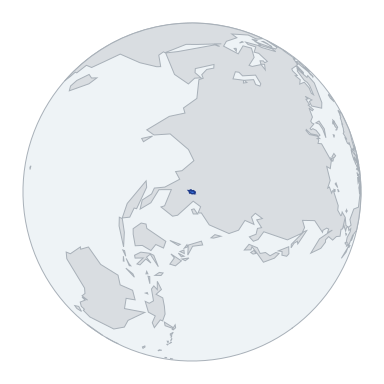 Louangphrabang highlighted on a globe, orthographic projection, rotated 77°
{"feature_id": "LAO-3289", "entity_name": "Louangphrabang", "entity_type": "Province", "adm_level": 1, "iso_a3": "LAO", "parent_name": "Laos", "parent_adm1": "", "projection": "orthographic", "projection_center": [102.548, 20.095], "detail": "fine", "context": "on_globe", "style": "filled", "palette": "blue", "viewbox_px": 384, "rotation_deg": 77, "n_neighbors": 0, "source": "natural_earth", "source_scale": "10m", "svg_char_len": 11536}
<svg xmlns="http://www.w3.org/2000/svg" viewBox="0 0 384 384"><g transform="rotate(77 192 192)"><circle cx="192" cy="192" r="169" fill="#eef3f6" stroke="#a8b0b8"/><path d="M350.5,248.0L350.2,249.1L350.1,249.3L350.5,248.0ZM267.6,40.9L266.5,40.4L269.1,43.6L275.4,47.7L269.7,44.8L285.3,55.4L290.2,61.4L281.3,52.8L277.8,50.7L279.4,53.6L276.2,52.1L275.1,52.8L271.1,51.0L266.2,46.7L263.5,45.6L264.8,47.8L261.6,47.7L260.1,44.5L254.3,44.3L245.0,38.2L244.2,33.2L235.7,30.2L225.9,26.5L223.4,26.0L219.4,25.3L231.9,27.8L244.1,31.3L256.1,35.7L267.6,40.9ZM209.4,23.9L210.8,24.1L209.7,24.1L207.0,23.9L205.9,23.6L207.1,23.7L205.4,23.6L205.5,23.6L209.4,23.9ZM200.4,23.2L200.2,23.2L199.7,23.2L200.4,23.2ZM347.3,125.4L347.2,125.2L346.9,124.4L347.3,125.4ZM280.6,51.3L279.3,49.8L281.7,51.9L280.6,51.3ZM275.7,53.3L277.1,54.3L275.9,54.3L275.7,53.3ZM268.7,51.6L266.4,51.6L267.9,50.8L268.7,51.6ZM264.6,51.1L259.1,51.5L261.8,53.6L251.2,48.4L259.3,49.5L260.7,48.1L262.0,49.8L264.6,51.1ZM212.3,24.3L210.8,24.1L214.6,24.6L212.3,24.3ZM215.0,24.7L228.2,27.1L229.1,27.7L224.5,26.6L227.7,27.8L221.7,26.8L218.6,25.9L219.2,25.7L216.4,25.6L215.0,24.7ZM246.2,45.8L244.2,45.4L245.4,45.0L246.2,45.8ZM209.5,24.1L212.1,24.4L213.1,24.9L208.1,24.4L209.4,24.4L209.5,24.1ZM231.5,28.8L231.4,29.2L226.4,28.5L225.7,28.6L221.6,26.9L231.5,28.8ZM207.8,24.2L205.5,24.2L202.6,23.9L207.1,23.9L207.8,24.2ZM215.5,25.3L215.7,25.5L213.9,25.2L215.5,25.3ZM191.0,23.3L194.0,23.3L194.8,23.4L191.0,23.3ZM204.9,24.3L205.9,24.4L206.6,24.5L204.5,24.5L204.9,24.3ZM218.4,26.6L216.4,26.3L219.9,27.3L216.3,27.0L214.2,26.0L213.6,26.3L212.5,26.3L212.1,25.6L218.4,26.6ZM204.4,25.1L200.5,24.2L194.7,23.9L193.8,23.7L203.4,24.2L204.4,25.1ZM208.9,25.4L205.9,25.1L206.4,24.8L208.7,24.8L208.9,25.4ZM214.6,27.3L220.6,27.9L220.9,28.2L214.6,27.3ZM202.6,25.1L203.6,25.3L202.1,25.1L202.6,25.1ZM210.8,26.6L212.9,26.7L213.1,27.0L210.8,26.6ZM203.8,25.9L202.5,25.5L204.1,25.4L203.8,25.9ZM206.9,26.2L206.7,26.6L205.4,25.6L207.8,26.2L206.9,26.2ZM210.7,26.8L211.5,27.0L209.8,26.7L210.7,26.8ZM198.6,26.6L196.5,25.4L200.0,25.1L201.5,26.3L198.6,26.6ZM58.6,88.3L58.4,88.6L57.9,93.3L56.9,95.6L51.7,101.9L47.0,117.7L51.8,113.6L52.9,124.6L57.0,128.4L67.8,115.9L61.1,109.4L65.2,101.7L74.8,101.2L81.4,107.9L83.2,105.1L83.4,96.0L89.5,93.1L84.0,92.6L82.9,96.1L79.5,96.2L80.3,93.1L82.4,92.0L81.7,89.2L71.9,95.8L69.7,100.0L65.0,97.2L60.9,104.2L58.1,105.9L64.0,94.8L66.8,91.7L74.1,78.8L70.6,81.6L63.6,94.2L63.8,92.4L59.1,97.2L62.8,92.1L71.5,78.4L70.3,76.7L60.9,85.4L61.2,85.1L76.6,68.6L74.1,71.7L78.0,68.3L85.4,61.5L83.8,63.5L86.4,61.5L85.7,63.0L91.5,60.4L91.9,61.7L100.5,56.6L101.8,56.8L96.3,59.6L92.7,62.7L94.5,67.1L96.7,66.7L102.1,63.2L101.9,65.2L107.0,61.3L111.1,62.8L110.3,57.9L116.7,54.5L122.7,53.5L124.6,51.7L115.0,53.4L111.2,55.0L108.2,57.6L97.9,62.2L96.0,61.7L106.2,54.2L104.6,53.0L113.3,48.3L134.1,45.4L139.5,46.8L135.1,56.1L130.1,57.3L129.3,54.5L124.2,60.2L127.4,58.2L127.3,60.1L133.3,57.9L133.5,59.2L139.0,55.2L139.9,56.6L136.4,59.1L146.1,57.8L149.7,60.4L151.8,59.6L153.1,57.9L156.7,62.7L158.1,61.9L157.5,60.0L159.8,57.2L165.4,54.5L166.4,56.3L164.5,57.5L162.0,63.2L156.8,66.6L157.7,67.1L162.5,64.6L165.6,57.7L168.7,55.5L167.9,58.7L168.4,57.3L170.3,56.9L173.0,58.3L174.2,54.9L193.1,49.3L200.3,52.0L197.5,55.0L211.8,54.8L218.7,58.9L218.1,57.0L224.5,56.2L222.4,54.8L222.6,53.9L238.2,52.6L242.5,54.1L248.5,52.4L248.2,51.5L245.3,50.2L251.2,48.4L261.8,53.6L261.9,55.2L268.4,57.7L267.9,61.3L270.5,65.8L266.2,68.9L268.6,72.6L270.9,73.2L275.9,79.2L278.3,90.0L266.3,78.3L260.7,63.8L262.1,69.1L258.8,67.2L257.5,68.9L258.8,73.1L260.7,73.9L247.5,78.9L244.5,90.7L252.0,90.3L256.9,94.2L260.1,109.8L246.9,131.0L253.2,138.4L253.8,143.3L248.6,146.2L247.6,139.1L242.2,136.4L242.4,132.2L233.7,135.2L233.7,129.4L227.0,135.1L229.8,139.7L237.5,138.9L231.6,146.8L239.7,155.2L240.8,165.3L227.9,182.6L214.5,187.6L213.8,190.8L208.3,186.9L201.2,192.9L211.4,211.2L211.2,216.4L199.6,225.6L199.3,221.8L185.0,211.6L182.3,223.7L193.2,234.5L197.0,246.4L188.6,242.3L184.8,231.8L179.7,227.8L181.1,217.3L176.8,201.1L168.4,203.4L169.0,197.0L161.9,183.1L149.8,185.9L130.5,200.2L127.9,216.2L121.3,222.1L113.2,197.1L113.5,181.1L108.2,181.4L101.9,166.2L84.1,160.0L83.7,155.5L79.9,156.1L75.9,150.1L76.2,142.9L72.7,141.9L72.5,161.0L76.4,162.2L82.8,157.5L81.7,163.8L85.9,171.2L73.5,182.6L50.6,186.4L52.0,174.1L53.8,136.6L55.9,133.5L56.0,133.1L56.3,132.3L52.6,137.1L54.2,130.1L49.2,154.7L46.8,164.5L50.2,187.0L49.0,188.3L51.2,193.6L62.8,194.3L62.0,198.2L54.3,213.7L41.5,230.9L45.3,248.4L48.1,261.8L44.8,266.4L50.0,277.5L49.0,278.8L52.1,284.6L54.1,289.0L55.2,291.2L48.5,281.2L42.5,270.7L37.2,259.8L32.8,248.5L29.1,237.0L26.3,225.2L24.4,213.3L23.3,201.3L23.1,189.2L23.7,177.1L25.2,165.1L27.5,153.2L30.7,141.6L34.8,130.2L39.6,119.1L45.2,108.4L51.6,98.1L58.6,88.3ZM84.6,122.7L91.0,126.6L94.7,116.6L97.4,117.4L97.7,113.9L94.9,115.9L96.4,106.7L101.6,105.8L104.1,102.0L102.1,100.6L92.4,103.8L90.2,116.6L85.9,119.3L84.6,122.7ZM101.3,50.4L98.9,52.2L96.0,53.9L95.5,53.5L99.8,50.9L101.3,50.4ZM96.3,54.5L106.6,48.0L107.3,48.4L105.1,49.2L104.6,50.1L101.0,51.7L91.5,59.1L88.3,61.2L89.2,58.5L90.7,58.0L92.9,56.0L96.3,54.5ZM131.7,34.8L136.2,33.1L131.9,36.0L128.2,37.3L127.5,36.6L131.5,34.7L131.7,34.8ZM192.7,23.0L193.5,23.0L203.0,23.4L203.4,23.6L201.1,23.7L198.9,23.6L199.3,23.4L196.0,23.5L195.0,23.2L192.3,23.2L182.5,23.3L192.7,23.0ZM165.9,25.1L166.1,25.1L169.2,24.6L170.2,24.6L167.3,25.0L172.4,24.4L172.5,24.6L178.3,24.6L185.7,24.2L188.0,24.4L185.2,24.7L189.5,24.8L185.7,25.6L187.2,25.9L185.1,27.2L178.7,27.9L180.9,28.2L179.4,29.6L174.1,30.6L175.6,29.3L168.8,31.5L167.7,30.3L167.0,30.7L164.1,30.3L159.4,30.7L159.7,30.1L157.7,30.5L155.8,30.5L153.2,30.9L152.8,30.2L149.6,30.8L151.2,30.1L145.8,31.4L149.7,30.2L147.5,30.3L144.9,31.5L149.1,28.6L165.9,25.1ZM197.8,27.0L190.4,27.6L186.2,27.5L191.7,25.3L190.8,25.0L194.2,24.1L200.2,24.4L198.7,24.6L198.6,24.9L196.8,24.6L198.2,25.1L196.2,25.4L196.7,25.9L194.1,25.9L197.8,27.0ZM59.1,94.1L59.0,95.2L59.5,96.2L56.5,99.4L59.1,94.1ZM64.8,84.7L65.1,84.9L61.2,89.5L61.4,88.5L64.8,84.7ZM68.6,81.4L65.4,84.6L67.3,82.3L68.6,81.4ZM97.0,59.9L97.8,60.2L96.6,61.1L94.6,62.1L97.0,59.9ZM153.6,38.6L155.1,37.4L156.1,37.4L161.7,35.5L162.9,36.5L160.0,38.0L153.6,38.6ZM64.8,117.2L61.6,118.6L61.9,116.8L62.9,116.6L64.8,117.2ZM57.4,108.5L57.5,112.2L56.6,109.4L57.4,108.5ZM155.8,39.3L158.0,38.3L157.2,39.5L155.8,39.3ZM164.1,37.1L163.8,38.3L163.7,36.4L164.1,37.1ZM130.2,343.0L133.7,344.8L131.3,344.3L130.2,343.0ZM63.4,268.1L65.8,288.8L61.4,286.5L57.4,279.1L54.3,265.8L58.3,264.3L59.4,259.0L63.4,268.1ZM239.1,273.3L244.1,273.8L243.8,274.5L239.1,273.3ZM233.9,270.9L239.7,271.0L232.9,272.5L233.9,270.9ZM241.9,271.1L247.7,269.5L250.2,268.2L249.7,269.7L241.9,271.1ZM230.1,271.0L208.7,270.7L200.2,268.5L202.3,265.9L216.0,267.0L230.1,271.0ZM201.6,265.8L188.6,257.7L170.8,234.2L177.2,235.1L195.8,249.7L194.6,252.0L202.5,258.3L201.6,265.8ZM232.9,252.4L231.6,259.4L219.9,258.8L214.5,257.6L210.8,248.5L212.9,244.0L217.3,244.2L234.2,228.6L240.2,232.4L235.0,239.1L239.8,245.2L232.9,252.4ZM128.6,217.8L132.1,228.0L128.5,229.0L128.6,217.8ZM241.0,217.5L234.2,224.5L240.3,215.2L241.0,217.5ZM244.5,208.7L245.0,212.2L242.2,208.8L244.5,208.7ZM213.7,195.7L209.0,196.4L208.9,193.8L214.7,191.5L213.7,195.7ZM241.6,173.8L241.8,181.3L240.9,183.8L238.7,179.3L241.6,173.8ZM169.3,49.3L160.2,50.5L154.5,52.7L152.5,55.8L151.4,52.3L160.2,48.9L169.3,49.3ZM190.1,49.0L191.7,46.8L193.6,47.7L193.5,48.4L190.1,49.0ZM189.2,47.7L186.4,45.1L189.0,43.9L190.8,46.1L189.2,47.7ZM170.8,41.3L168.0,41.5L168.6,40.5L170.8,41.3ZM300.8,321.3L297.2,324.1L311.6,311.3L300.8,321.3ZM276.3,331.8L278.0,328.1L283.5,326.5L279.6,330.4L276.3,331.8ZM314.2,308.6L315.5,307.3L319.8,302.5L323.3,297.8L320.5,301.6L320.9,301.2L314.2,308.6ZM261.4,318.3L228.9,329.0L222.2,328.1L224.8,324.4L220.4,313.1L222.7,313.3L222.3,305.3L242.0,297.3L256.4,282.8L266.3,282.9L274.4,272.0L284.3,271.7L280.8,280.1L290.4,284.0L298.7,265.1L302.7,283.2L308.4,288.3L307.9,299.0L290.8,319.6L282.8,324.5L282.0,323.2L278.5,325.6L274.1,325.7L273.3,320.5L269.7,322.8L273.9,318.0L268.4,322.5L266.8,319.1L261.4,318.3ZM331.4,272.6L332.4,272.6L333.3,274.9L331.8,275.2L331.4,272.6ZM347.8,253.6L347.8,254.8L346.9,255.9L347.8,253.6ZM350.1,249.3L349.1,250.8L350.5,248.0L350.1,249.3ZM338.9,259.3L339.2,260.2L338.7,260.9L338.9,259.3ZM338.5,259.1L339.4,257.0L339.1,258.9L338.5,259.1ZM334.5,251.0L335.3,249.8L335.5,250.4L334.5,251.0ZM251.3,273.6L258.4,268.0L262.1,267.3L251.3,273.6ZM333.6,249.3L331.8,249.7L332.1,248.6L333.6,249.3ZM333.9,246.8L333.8,245.4L334.7,248.4L333.9,246.8ZM330.6,244.6L332.7,246.5L330.3,245.0L330.6,244.6ZM329.3,245.3L327.6,244.6L327.8,244.1L329.3,245.3ZM309.5,251.7L315.7,259.2L310.4,260.1L304.5,255.7L299.3,261.5L288.0,262.2L290.8,258.7L289.4,254.0L277.4,253.3L274.9,250.3L279.3,247.8L271.2,245.9L280.1,243.7L283.6,250.0L288.6,244.3L297.0,244.6L304.9,245.7L311.0,249.6L309.5,251.7ZM279.9,258.2L281.4,258.0L280.0,260.1L279.9,258.2ZM324.5,241.8L326.9,244.4L326.6,245.3L325.4,245.1L324.5,241.8ZM312.5,248.2L319.2,241.5L320.7,241.3L316.2,248.3L312.5,248.2ZM317.6,238.3L320.6,238.5L322.1,241.2L321.5,242.2L317.6,238.3ZM261.8,253.4L261.4,255.3L259.1,254.0L261.8,253.4ZM264.9,252.2L271.9,253.7L264.2,253.8L264.9,252.2ZM243.2,246.7L245.3,251.0L252.0,248.0L246.9,252.1L251.3,259.1L249.7,261.8L245.3,254.3L243.6,262.3L240.7,262.2L239.1,255.4L242.2,247.0L245.1,243.5L257.2,241.6L243.2,246.7ZM264.9,246.9L263.0,241.9L264.4,238.4L266.4,241.0L264.9,246.9ZM257.3,229.8L252.2,224.0L247.6,226.5L256.7,217.8L260.2,224.8L257.3,229.8ZM252.8,216.9L248.5,219.1L252.8,214.1L252.8,216.9ZM247.3,217.1L246.7,212.9L250.2,213.4L247.3,217.1ZM255.0,217.0L255.6,209.8L257.4,214.0L255.0,217.0ZM245.0,203.6L252.5,210.3L242.9,207.6L242.0,193.9L246.0,193.5L245.0,203.6ZM264.1,148.4L262.8,144.6L266.3,143.6L266.2,146.5L264.1,148.4ZM276.5,138.2L266.8,142.2L258.8,145.9L261.6,147.6L260.3,154.1L255.8,148.2L261.0,140.9L267.2,139.4L267.5,134.0L271.7,130.3L269.8,123.9L271.5,121.0L275.0,126.6L276.5,138.2ZM268.8,121.2L267.1,110.1L274.0,111.5L275.9,114.2L273.8,118.6L270.3,117.6L268.8,121.2ZM268.7,108.0L265.3,107.0L255.7,91.7L255.4,88.9L266.4,100.6L263.7,100.4L264.9,104.2L268.7,108.0ZM245.1,46.4L244.3,45.5L246.2,46.3L245.1,46.4ZM221.3,53.2L221.9,52.0L224.1,52.7L221.3,53.2ZM224.6,49.4L221.8,49.4L224.4,48.6L224.6,49.4ZM215.5,49.6L220.5,49.0L216.3,50.7L215.5,49.6Z" fill="#d9dde1" stroke="#a8b0b8" stroke-width="1"/><path d="M193.0,188.9L193.1,189.0L193.3,189.2L193.3,189.3L193.4,189.5L193.5,189.6L193.6,189.8L193.8,189.8L194.0,189.8L194.2,190.0L194.3,189.9L194.3,190.0L194.2,190.1L193.9,190.1L193.8,190.3L193.8,190.5L193.8,190.8L193.7,190.9L193.8,191.0L193.9,191.4L193.7,191.6L193.6,191.8L193.7,192.0L193.6,192.4L193.6,192.5L193.4,192.7L193.2,192.8L193.1,193.0L192.9,193.1L192.7,193.3L192.6,193.5L192.3,193.7L192.3,193.8L192.3,194.0L192.5,194.1L192.6,194.3L192.4,194.4L192.3,194.5L192.1,194.6L191.9,194.4L191.7,194.2L191.8,194.1L191.7,194.2L191.4,194.1L191.2,194.1L190.9,194.0L190.7,194.1L190.7,194.3L190.5,194.5L190.4,194.6L190.4,194.8L190.2,194.9L190.1,195.0L189.9,195.1L190.0,194.8L190.0,194.7L190.0,194.4L190.1,194.2L190.0,193.9L190.0,193.4L189.9,193.3L189.8,193.2L189.8,192.8L189.8,192.7L189.7,192.6L189.8,192.4L190.0,192.4L190.3,192.2L190.5,192.1L190.8,192.0L190.9,191.9L191.0,191.9L191.0,191.7L190.9,191.5L190.9,191.4L191.0,191.3L190.9,191.2L191.0,190.8L191.1,190.6L191.1,190.4L191.3,190.4L191.5,190.2L191.4,190.0L191.4,189.9L191.5,189.8L191.5,189.7L191.4,189.6L191.3,189.4L191.4,189.5L191.5,189.5L191.9,189.7L192.1,189.5L192.3,189.5L192.3,189.4L192.5,189.3L192.6,189.2L192.7,188.9L192.8,188.9L193.0,188.9L193.0,188.9Z" fill="#3b82f6" stroke="#1e3a8a" stroke-width="1.5"/></g></svg>